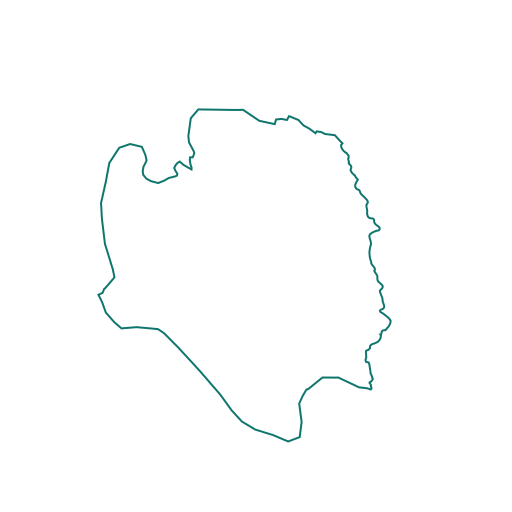 Al Haymah Ad Dakhiliyah, Sana'a, Yemen (Equal Earth projection), rotated 131°
{"feature_id": "15242507B54725687699919", "entity_name": "Al Haymah Ad Dakhiliyah", "entity_type": "district", "adm_level": 2, "iso_a3": "YEM", "parent_name": "Yemen", "parent_adm1": "Sana'a", "projection": "equal_earth", "projection_center": [43.819, 15.276], "detail": "fine", "context": "isolated", "style": "outline", "palette": "teal", "viewbox_px": 512, "rotation_deg": 131, "n_neighbors": 0, "source": "geoboundaries", "source_scale": "gbopen_adm2", "svg_char_len": 5269}
<svg xmlns="http://www.w3.org/2000/svg" viewBox="0 0 512 512"><g transform="rotate(131 256 256)"><path d="M281.4,81.8L280.6,81.8L279.9,82.1L279.6,82.5L279.4,83.1L278.8,84.0L277.8,84.8L277.4,86.9L276.8,87.4L276.3,87.2L275.2,86.8L273.8,86.8L272.7,86.9L272.0,87.9L271.8,87.8L271.0,89.4L270.3,90.3L269.9,91.5L269.3,92.6L268.4,93.6L267.6,94.4L266.4,95.8L265.5,96.9L264.6,98.0L263.8,98.9L263.1,99.9L262.5,101.1L263.1,102.3L263.7,103.4L263.2,104.5L262.3,105.4L261.2,105.8L260.0,106.4L259.1,107.4L258.2,108.1L257.1,109.3L256.3,110.1L255.3,110.7L254.3,110.3L253.3,109.7L253.2,109.7L252.1,109.5L250.7,109.5L250.4,109.8L249.9,110.4L248.8,110.9L247.8,110.9L247.6,110.9L246.4,110.5L245.4,110.0L244.4,109.3L243.3,108.7L242.2,108.3L242.0,108.2L241.2,107.9L240.0,107.7L238.9,107.7L237.8,107.8L236.4,108.1L235.4,108.7L234.4,109.3L234.1,109.5L233.9,110.0L233.8,109.7L233.3,110.0L232.1,110.5L230.9,111.4L229.9,111.6L228.8,111.3L227.9,110.5L226.9,109.6L225.8,109.6L224.5,109.7L223.4,109.7L222.8,109.7L222.2,109.7L221.1,109.9L220.7,110.0L220.0,110.1L218.9,110.5L217.9,110.9L216.7,111.9L216.4,112.1L216.0,113.9L215.8,115.3L215.8,116.6L215.8,118.0L215.9,119.6L216.0,121.4L216.1,122.7L216.4,124.1L216.6,125.4L216.0,126.6L215.7,126.6L214.9,126.5L213.8,126.1L212.8,125.6L211.6,125.5L210.5,125.7L209.5,126.7L208.6,128.1L207.9,129.3L207.2,130.6L206.3,131.4L205.5,132.3L204.7,133.3L204.0,134.7L203.4,135.9L202.6,137.4L201.9,138.5L201.1,139.6L200.0,139.8L198.9,139.7L197.8,139.6L196.8,139.8L195.8,140.4L195.2,141.7L195.1,143.2L195.1,144.7L195.1,146.2L194.9,147.6L194.4,148.5L193.3,149.8L192.2,150.5L191.3,151.7L190.9,152.9L190.8,153.0L190.5,154.3L190.1,155.7L189.9,156.2L189.8,156.3L189.5,157.1L188.4,157.2L187.4,158.3L187.0,159.6L186.9,160.1L186.7,161.2L186.4,162.8L185.9,164.2L185.5,164.6L184.8,165.3L184.1,166.5L183.4,167.7L182.5,168.9L182.4,169.0L181.6,170.0L181.0,170.6L180.7,171.0L179.8,171.8L178.8,172.9L177.8,173.5L177.6,173.6L176.6,174.3L176.1,174.7L175.5,175.0L174.5,175.6L173.5,176.1L172.5,176.5L171.4,177.2L170.4,178.2L169.6,179.2L168.8,180.5L168.1,181.7L167.1,183.0L165.9,184.0L164.8,184.2L163.8,184.0L162.6,183.8L161.6,183.4L160.6,183.0L159.3,182.4L158.3,181.8L157.2,181.0L156.1,180.2L155.0,180.1L154.1,180.7L153.4,181.8L153.4,183.2L153.6,184.7L153.6,186.4L153.3,188.2L152.6,189.4L151.7,190.1L151.0,191.2L151.1,192.5L151.8,193.5L152.5,194.5L153.0,196.0L152.8,197.5L152.0,198.8L151.2,200.0L150.2,200.7L149.2,201.5L148.3,202.4L147.5,203.4L146.8,204.4L145.8,205.5L144.9,206.2L143.8,206.4L142.7,206.5L141.7,207.2L141.1,208.4L140.9,209.4L140.8,209.9L140.7,211.3L140.5,212.9L140.4,214.4L140.4,215.7L140.3,217.1L139.9,218.5L139.3,219.7L138.6,221.1L138.9,222.5L139.3,223.8L139.2,225.3L138.7,226.5L137.7,227.4L136.7,228.0L135.4,228.5L134.2,228.8L133.2,228.9L132.0,229.1L131.4,229.4L131.3,231.2L131.1,232.4L130.4,234.1L130.5,234.2L130.4,235.8L130.3,237.2L130.2,238.5L129.7,239.7L129.2,241.0L128.2,241.5L127.2,241.9L126.1,242.6L125.5,244.0L125.5,245.4L125.2,246.9L124.3,247.1L124.0,247.7L123.1,249.0L122.5,249.9L122.1,250.2L120.3,251.1L119.5,252.0L118.9,255.4L119.2,256.4L119.2,258.8L118.8,261.0L117.7,263.4L116.4,264.5L115.3,264.6L114.3,264.7L114.2,264.7L114.1,266.9L114.0,268.3L113.1,275.7L115.0,278.6L116.9,281.4L118.7,284.0L119.6,288.0L122.1,291.9L124.3,291.7L124.9,299.3L126.3,305.9L125.5,313.2L128.5,322.0L128.8,322.8L133.1,321.9L135.7,326.6L139.8,330.4L144.2,328.4L151.8,342.2L154.1,361.0L154.1,361.5L160.7,369.0L165.0,374.1L181.1,393.2L183.2,395.7L194.8,395.6L199.9,392.3L205.2,388.8L206.9,387.7L209.8,385.8L214.2,381.1L216.0,376.4L217.8,371.7L218.8,370.1L221.1,369.1L223.1,368.5L224.8,370.5L225.9,369.5L226.7,369.3L230.0,365.4L231.5,362.7L232.3,362.0L233.0,361.5L233.9,365.8L234.8,370.5L234.8,375.5L235.7,375.8L237.2,376.3L239.9,376.3L243.2,375.5L244.4,373.1L245.6,369.2L247.1,368.4L248.9,369.2L249.8,369.8L254.3,373.0L255.7,373.5L257.9,374.2L259.1,374.6L262.6,376.4L265.1,377.7L268.4,384.3L269.4,388.8L269.5,389.6L268.7,394.4L266.3,397.2L265.4,397.7L262.4,399.5L257.4,400.7L256.2,401.1L255.6,401.3L252.3,405.8L249.8,411.0L248.5,413.8L254.0,424.3L254.1,424.5L260.6,428.2L263.3,429.8L264.0,430.2L269.4,429.5L277.3,428.4L278.2,428.3L281.9,427.8L293.2,421.2L298.0,418.3L298.6,418.0L304.5,414.8L308.6,412.6L313.9,409.7L317.7,407.7L319.6,405.9L320.1,405.3L327.5,398.2L331.1,394.4L334.6,390.5L338.5,386.2L344.2,379.9L346.0,377.9L348.2,374.3L350.8,370.1L356.0,361.7L356.6,360.9L359.6,355.9L363.2,351.1L364.6,349.3L365.0,348.8L379.3,348.7L379.9,348.9L380.2,349.0L380.4,349.0L384.5,347.6L388.6,349.5L391.9,341.6L393.3,339.2L397.2,332.2L398.1,325.6L398.9,319.7L398.9,319.3L398.9,316.9L398.9,310.0L397.3,308.5L388.1,299.5L383.4,293.0L382.8,292.2L376.2,283.0L375.5,282.0L374.6,275.0L375.1,267.8L376.1,254.3L376.3,252.8L377.6,240.9L378.2,235.4L379.7,222.3L380.2,218.9L380.3,218.4L380.8,214.6L382.5,203.2L382.8,200.6L384.1,191.9L386.8,180.2L387.4,177.7L388.5,173.1L390.2,157.9L390.0,156.9L388.8,150.2L387.5,142.7L385.8,138.9L380.7,127.3L380.2,126.4L376.1,113.8L374.8,110.0L367.7,106.2L364.0,104.2L351.9,112.3L351.5,112.5L339.0,126.6L330.9,129.0L327.1,129.7L325.6,130.0L324.9,130.1L323.7,130.3L323.6,130.2L322.2,129.3L304.1,126.1L296.1,116.8L293.7,114.1L292.9,111.2L288.9,97.0L288.3,94.9L288.0,93.7L287.6,92.2L283.1,85.6L283.0,85.4L281.4,81.8Z" fill="none" stroke="#0f766e" stroke-width="2"/></g></svg>